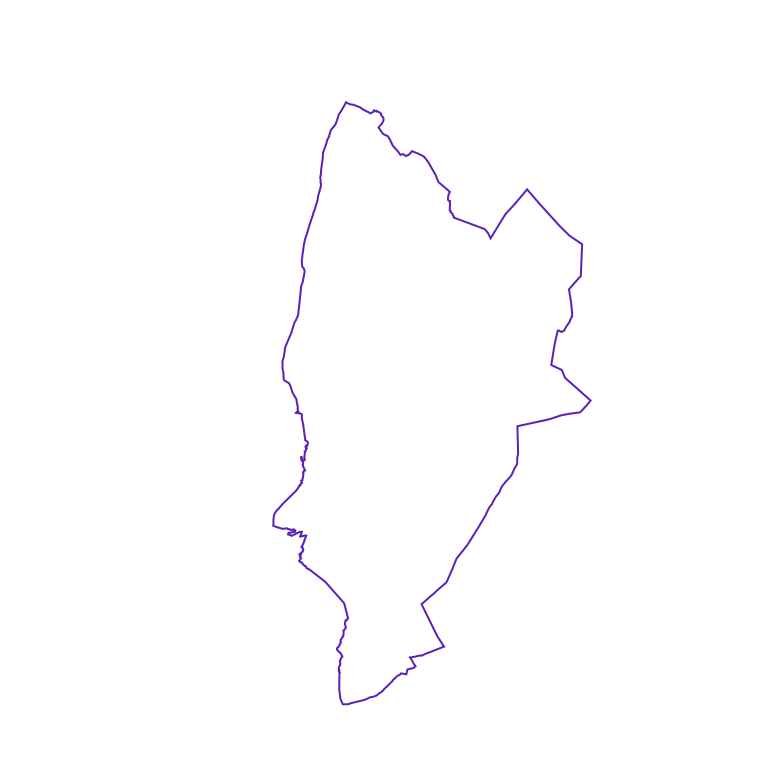 the district of Kongsberg nor, Buskerud, Norway, rotated 229°
{"feature_id": "86288312B15384371721411", "entity_name": "Kongsberg nor", "entity_type": "district", "adm_level": 2, "iso_a3": "NOR", "parent_name": "Norway", "parent_adm1": "Buskerud", "projection": "albers", "projection_center": [9.617, 59.595], "detail": "fine", "context": "isolated", "style": "outline", "palette": "violet", "viewbox_px": 768, "rotation_deg": 229, "n_neighbors": 0, "source": "geoboundaries", "source_scale": "gbopen_adm2", "svg_char_len": 6118}
<svg xmlns="http://www.w3.org/2000/svg" viewBox="0 0 768 768"><g transform="rotate(229 384 384)"><path d="M621.6,540.1L620.7,538.2L619.6,534.9L619.4,534.7L619.3,534.1L618.8,532.8L617.0,526.7L612.1,518.5L611.5,516.5L610.6,510.8L608.1,506.6L607.1,505.4L606.6,504.5L605.6,501.7L603.3,498.2L598.4,489.5L595.2,486.6L587.1,477.3L584.2,474.5L581.9,471.6L579.0,469.5L578.0,468.4L576.7,468.0L574.6,466.0L568.9,457.4L565.9,453.9L565.3,452.6L564.9,452.4L563.9,450.4L560.9,445.9L560.4,444.5L558.1,441.0L552.6,431.6L548.3,425.0L545.0,419.3L541.7,415.0L534.7,406.9L532.9,405.1L532.0,403.8L529.5,401.6L526.2,399.3L523.9,399.3L521.0,398.0L514.4,389.7L513.2,387.4L511.7,385.0L508.6,382.0L492.2,364.2L489.9,359.2L489.1,356.7L483.6,347.9L476.3,333.0L474.5,331.3L469.6,325.4L467.7,322.1L464.6,319.8L463.4,318.3L458.3,315.3L453.8,311.7L451.8,311.2L447.0,312.8L444.2,312.2L437.1,309.2L430.0,307.9L426.7,305.7L423.7,304.2L421.6,302.2L419.3,301.3L419.2,301.2L420.1,300.0L419.9,299.6L420.1,299.4L420.1,298.7L419.5,299.2L419.2,299.2L416.6,301.6L416.0,301.6L415.2,302.1L414.4,301.8L412.3,299.6L406.7,296.6L393.2,287.7L390.8,288.4L389.5,288.1L387.8,285.4L388.6,284.9L388.7,284.6L388.7,284.4L387.9,283.4L387.2,283.4L387.2,283.1L386.7,283.0L386.1,283.4L385.9,282.5L385.6,282.0L385.3,281.8L385.0,280.6L385.2,280.0L384.4,279.9L384.4,279.5L384.0,279.1L380.3,275.2L379.0,274.8L379.2,274.3L378.6,273.5L379.4,272.1L383.0,274.0L383.3,273.6L382.9,273.1L380.0,271.5L379.1,271.8L377.5,271.2L376.4,270.2L376.3,269.7L375.8,269.6L375.7,269.1L370.5,267.8L370.9,266.7L370.8,265.7L370.1,265.4L369.8,265.1L369.8,264.3L368.1,263.4L367.7,262.6L366.4,261.4L366.3,260.7L365.7,260.2L365.4,259.5L365.0,259.3L365.2,258.9L365.0,258.2L365.2,257.8L365.0,257.6L363.2,257.4L363.1,256.7L363.3,256.0L363.2,255.0L362.5,254.6L362.8,253.1L362.2,252.3L361.9,250.8L361.4,249.7L361.5,249.1L361.1,247.5L360.0,229.1L359.4,224.7L358.9,222.1L359.0,220.0L357.7,215.9L357.0,214.8L354.3,211.7L352.3,209.9L350.9,208.8L349.7,207.4L347.1,208.7L340.8,212.7L340.2,214.2L339.2,215.1L339.2,215.5L338.9,216.0L338.5,216.3L337.4,216.4L337.3,216.7L336.4,217.2L336.2,217.6L334.6,218.1L334.4,218.5L334.4,219.0L333.6,220.0L333.5,220.6L332.8,220.9L331.3,220.8L330.9,219.9L331.0,219.5L331.1,219.2L332.1,218.6L332.2,217.8L332.5,216.9L334.3,214.4L334.1,213.8L333.4,212.9L331.5,214.2L331.1,214.1L330.3,214.8L329.8,214.9L329.6,216.9L328.8,218.4L328.5,220.8L327.9,221.7L327.8,223.4L326.3,225.0L324.9,222.6L323.9,220.6L323.5,220.9L323.6,221.3L323.0,222.0L323.1,222.5L322.3,223.2L321.7,224.6L320.6,225.8L316.4,218.2L315.6,216.3L315.3,214.8L314.6,214.8L314.2,215.2L313.4,214.7L313.1,214.9L312.6,214.4L312.0,214.5L311.6,213.5L310.8,212.9L311.0,211.4L310.8,211.1L310.9,210.4L310.8,210.0L310.9,209.8L310.8,209.5L310.9,209.1L310.7,208.6L310.8,208.3L310.3,208.2L309.7,209.0L309.5,208.4L309.0,208.2L308.6,207.0L308.2,207.1L307.7,206.8L306.9,207.1L306.4,205.3L306.3,204.0L305.5,203.9L305.0,204.1L304.4,203.9L303.7,204.2L303.4,204.8L302.3,204.9L301.7,204.5L300.7,204.5L299.2,204.9L298.5,204.8L297.7,205.4L296.3,204.8L295.3,204.9L294.8,205.4L294.4,205.2L293.9,205.7L292.9,206.0L273.3,209.9L244.7,210.1L230.6,203.1L230.7,202.0L230.2,201.4L230.4,200.6L230.9,200.1L230.8,199.8L229.9,199.2L229.8,198.4L228.9,197.3L226.1,195.8L225.9,195.9L225.2,195.3L225.0,194.7L224.7,194.6L224.5,193.9L224.6,192.8L224.4,192.0L224.5,191.7L223.4,191.0L221.6,189.1L221.1,188.8L220.8,188.0L220.3,187.4L220.4,186.7L219.9,185.7L219.3,183.6L218.1,182.2L217.1,181.8L217.0,181.1L216.6,180.7L216.6,179.7L215.8,178.8L215.7,177.3L215.3,177.0L215.5,175.5L214.9,174.5L213.4,174.1L212.8,174.4L211.6,174.3L208.8,174.7L208.3,174.3L206.1,174.1L205.6,173.8L205.5,173.5L205.6,172.9L205.6,172.4L204.3,170.1L204.3,169.6L203.9,169.4L203.9,169.2L203.7,169.2L203.1,168.3L201.5,167.6L201.5,167.3L201.2,166.8L200.9,166.7L200.4,165.7L200.4,164.9L198.9,163.1L197.9,162.5L197.3,162.6L197.2,161.6L195.3,161.3L195.4,161.0L182.6,149.6L178.4,146.9L175.3,144.7L169.3,142.8L165.9,146.7L164.8,149.6L159.3,160.3L158.2,162.7L157.2,165.9L156.9,167.4L154.8,171.2L153.8,173.8L153.7,177.1L153.2,181.3L153.5,182.9L153.7,185.2L153.9,190.9L154.2,193.4L154.2,195.0L154.9,197.9L154.7,198.3L154.9,202.5L154.7,203.7L154.1,204.7L154.5,206.9L150.3,210.4L153.2,214.5L150.2,220.2L150.4,221.2L150.2,222.6L154.5,223.1L157.0,223.8L160.5,224.2L158.0,228.3L155.4,233.3L154.3,234.0L153.2,238.2L151.5,242.6L147.7,253.5L146.4,257.0L158.4,258.7L193.2,267.9L193.3,281.0L193.1,284.7L193.4,288.5L193.3,301.0L199.5,314.2L204.6,324.1L207.8,341.2L209.9,348.3L212.9,357.8L213.4,359.9L216.0,367.6L216.6,369.7L217.5,372.1L218.4,374.8L220.3,378.9L222.0,383.2L222.5,386.6L223.5,388.6L225.7,395.1L226.2,398.5L226.5,399.7L229.3,405.7L230.3,411.3L231.4,420.0L234.7,427.3L236.3,432.1L240.7,435.9L243.3,439.4L264.6,457.0L249.0,485.5L244.1,497.2L240.3,503.7L233.9,513.5L235.0,523.3L236.0,529.1L269.9,524.7L277.9,527.4L288.6,522.7L302.5,539.4L309.9,549.6L310.2,550.7L306.6,552.3L306.2,555.1L307.7,559.1L308.7,563.2L309.2,564.6L309.3,565.4L309.7,565.7L310.5,567.1L311.4,569.4L311.4,570.0L314.0,572.4L323.1,578.9L334.1,585.7L336.2,601.0L336.2,603.2L359.5,625.2L374.3,621.3L388.2,620.2L417.7,619.6L437.0,619.7L434.1,601.3L432.5,587.0L424.0,560.0L429.7,561.6L434.9,561.6L463.7,545.9L464.5,546.6L466.4,546.8L467.5,547.4L469.6,547.0L470.6,547.2L470.8,547.9L472.2,547.7L473.4,549.0L474.5,549.8L476.2,551.9L477.2,552.2L478.4,553.8L478.8,553.8L479.1,553.2L481.0,553.1L483.7,555.7L484.7,557.4L485.2,557.8L485.2,558.9L486.0,559.8L500.3,557.6L502.6,558.2L507.6,560.0L522.2,562.9L527.3,563.3L530.0,563.2L535.3,561.0L541.2,558.0L541.5,557.7L541.1,556.9L540.8,554.0L540.8,552.6L541.1,551.5L541.7,550.9L541.7,550.0L545.1,549.2L546.1,546.7L550.1,547.1L557.9,547.0L564.5,548.8L568.4,549.5L572.6,547.6L573.8,547.3L581.2,548.2L582.0,553.5L582.6,555.2L583.3,556.5L583.9,557.2L585.1,558.0L586.6,558.3L588.8,558.3L589.4,558.5L589.7,559.1L590.2,559.1L592.4,558.6L595.1,557.5L594.8,556.8L597.1,556.0L596.7,555.3L596.4,554.0L596.6,553.6L597.1,551.5L597.4,551.1L599.3,550.7L601.2,549.6L601.8,549.6L602.6,549.1L604.2,548.8L605.0,548.2L608.4,547.5L615.0,544.0L616.7,542.4L619.2,541.0L621.6,540.1Z" fill="none" stroke="#5b21b6" stroke-width="2"/></g></svg>